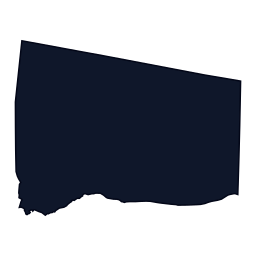 outline of Lepa, Atua, Samoa
{"feature_id": "51752279B44290724889134", "entity_name": "Lepa", "entity_type": "district", "adm_level": 2, "iso_a3": "WSM", "parent_name": "Samoa", "parent_adm1": "Atua", "projection": "orthographic", "projection_center": [-171.529, -14.024], "detail": "fine", "context": "isolated", "style": "filled", "palette": "ink", "viewbox_px": 256, "rotation_deg": 0, "n_neighbors": 0, "source": "geoboundaries", "source_scale": "gbopen_adm2", "svg_char_len": 1344}
<svg xmlns="http://www.w3.org/2000/svg" viewBox="0 0 256 256"><path d="M19.3,207.4L21.1,207.1L23.8,208.3L24.4,208.8L24.5,210.6L25.3,211.8L25.9,214.0L27.0,214.6L28.3,213.7L29.3,213.5L30.2,212.5L29.1,210.9L30.9,210.0L32.2,210.1L32.8,211.1L33.9,209.7L34.8,209.8L39.0,211.6L41.8,212.5L45.3,215.2L47.3,213.6L48.3,213.8L50.4,212.7L52.2,212.5L53.4,211.7L54.7,211.9L55.6,210.6L59.3,208.1L63.9,207.2L66.6,205.7L67.4,204.6L69.8,202.6L71.6,201.5L71.4,200.6L73.0,200.1L74.2,200.4L77.1,198.3L79.5,198.3L81.1,196.8L82.6,195.9L82.6,195.1L83.3,194.2L85.0,193.6L88.1,194.6L92.0,193.7L93.8,193.7L95.6,193.1L100.4,193.2L103.6,195.1L106.4,197.5L107.7,198.1L113.5,199.1L116.7,199.2L118.7,199.6L120.3,200.5L121.4,201.6L122.8,201.8L124.4,202.4L126.2,201.8L129.4,201.6L135.2,201.6L140.3,201.3L146.2,201.1L150.5,201.3L156.7,202.4L160.0,202.9L171.2,204.2L176.1,204.6L177.8,205.1L180.0,205.1L187.3,205.0L196.9,204.6L200.5,204.4L204.9,203.5L208.1,202.3L211.6,201.3L217.7,200.2L221.5,199.1L227.8,195.1L229.7,194.5L234.1,193.6L235.4,193.7L237.8,194.5L238.9,157.5L239.7,125.4L240.6,81.1L203.5,74.8L104.6,56.0L78.9,51.3L62.1,48.2L21.9,40.8L15.4,102.0L15.5,126.1L15.7,149.8L16.1,171.6L17.4,176.1L18.6,178.7L20.8,182.4L19.5,184.3L19.0,189.8L18.8,193.0L19.3,194.9L19.0,197.7L21.7,199.2L22.0,199.8L21.1,201.5L19.3,207.4Z" fill="#0f172a" stroke="#020617" stroke-width="1.5"/></svg>